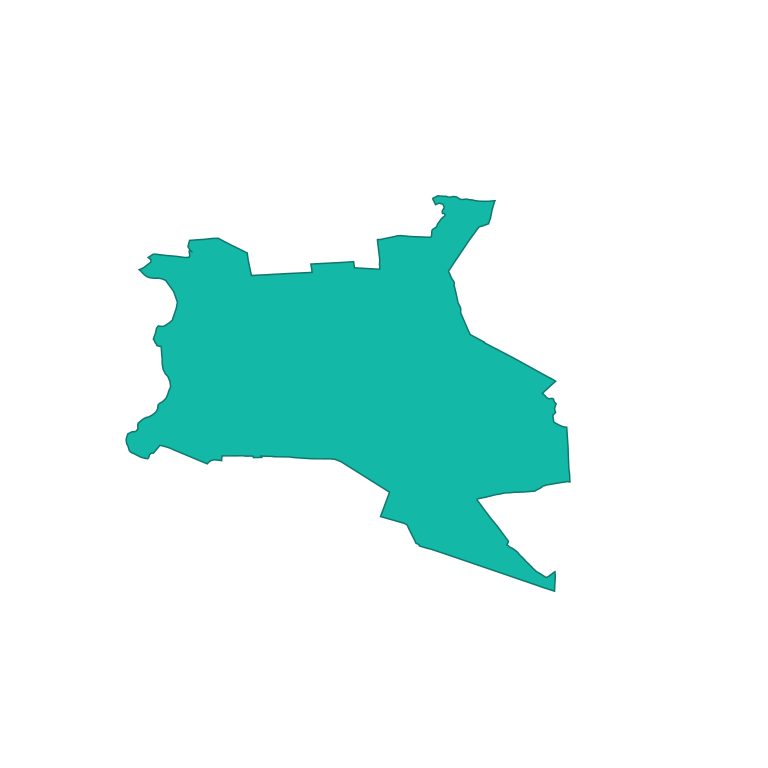 Buturugeni, Giurgiu, Romania, rotated 219°
{"feature_id": "2599482B72112138789646", "entity_name": "Buturugeni", "entity_type": "district", "adm_level": 2, "iso_a3": "ROU", "parent_name": "Romania", "parent_adm1": "Giurgiu", "projection": "robinson", "projection_center": [25.814, 44.343], "detail": "fine", "context": "isolated", "style": "filled", "palette": "teal", "viewbox_px": 768, "rotation_deg": 219, "n_neighbors": 0, "source": "geoboundaries", "source_scale": "gbopen_adm2", "svg_char_len": 6147}
<svg xmlns="http://www.w3.org/2000/svg" viewBox="0 0 768 768"><g transform="rotate(219 384 384)"><path d="M403.6,574.3L403.9,574.4L404.2,576.0L404.5,576.7L404.8,577.4L405.4,579.6L406.1,580.7L407.3,583.1L409.1,586.4L410.7,589.9L412.8,595.1L413.1,596.3L416.2,593.3L416.1,593.2L420.4,589.6L423.6,587.1L425.9,585.5L428.4,583.9L429.7,583.4L430.5,583.0L432.0,582.1L433.8,580.9L435.4,580.1L436.4,579.5L438.6,577.3L440.1,576.0L441.2,575.6L442.7,575.2L444.3,575.3L445.5,574.9L447.1,574.1L448.7,572.8L449.8,571.2L451.2,570.0L454.2,568.8L455.3,567.7L456.9,566.7L458.3,565.6L459.3,565.0L460.5,564.2L461.0,563.5L461.1,563.2L461.2,562.6L461.3,562.2L461.7,561.6L462.7,559.6L462.8,558.7L456.8,555.8L456.4,556.5L455.7,558.0L455.3,558.8L454.7,559.3L452.1,560.5L451.6,560.6L450.9,560.6L449.0,559.6L448.4,559.2L448.1,558.5L448.0,557.7L447.8,555.9L447.5,554.9L447.0,554.3L446.0,553.4L445.7,553.4L444.5,554.4L444.3,554.5L443.5,554.1L442.9,553.5L442.7,553.1L442.6,552.7L442.7,552.2L442.9,551.2L443.2,550.5L443.3,549.5L443.4,547.7L443.1,544.6L443.2,543.8L443.1,543.0L442.9,541.5L442.3,540.1L442.2,539.3L442.5,537.5L442.9,536.6L443.3,535.3L443.5,534.5L443.4,533.7L443.1,533.1L441.9,531.3L440.9,530.0L440.6,529.5L440.1,528.2L440.1,527.6L440.0,527.4L456.5,515.1L458.7,513.6L459.7,513.0L464.3,509.9L466.7,507.8L468.7,505.1L474.5,498.1L477.5,494.3L479.9,492.2L479.9,491.9L465.5,477.9L462.3,473.5L461.9,473.2L461.3,472.9L461.0,472.4L459.7,470.4L463.8,467.4L480.1,455.7L484.6,460.0L490.1,454.8L516.3,431.2L512.1,427.4L510.1,425.5L523.1,413.9L528.6,409.0L530.4,407.4L534.2,403.9L539.9,398.8L545.3,393.8L548.8,390.8L555.3,384.9L560.5,389.1L562.6,390.8L566.3,393.9L567.4,394.7L572.8,399.8L573.3,399.6L578.9,398.4L591.2,395.6L601.4,393.5L604.5,393.0L609.0,389.1L614.7,383.3L618.0,380.3L625.2,373.5L625.5,373.3L623.3,368.3L623.0,367.7L622.5,367.3L621.9,367.0L620.8,366.6L618.6,365.9L618.0,365.9L617.0,366.1L616.8,365.9L619.0,364.8L618.4,364.2L618.5,364.0L616.5,362.3L615.8,361.5L615.1,360.1L615.5,359.6L616.8,358.4L618.2,357.1L625.3,352.8L631.6,348.6L634.6,346.5L643.0,341.3L643.7,340.8L644.8,339.9L645.0,339.6L645.6,338.4L645.6,337.8L646.9,333.9L643.2,333.9L641.9,332.0L644.0,323.1L646.2,318.7L644.6,318.8L642.2,318.4L639.4,318.1L636.1,318.1L633.1,319.1L629.5,321.3L625.7,324.4L622.7,326.0L618.9,327.1L605.6,323.5L596.0,317.5L593.0,311.9L588.7,300.3L589.3,296.7L590.7,292.3L591.4,290.4L592.7,289.1L593.7,288.4L595.6,287.4L596.0,286.6L595.9,284.2L593.9,280.4L591.5,273.7L590.1,273.3L589.0,272.9L588.1,272.1L586.5,271.9L584.8,271.0L583.4,271.4L580.8,272.9L574.7,266.4L572.6,264.4L569.1,260.1L565.0,256.5L560.3,254.3L556.7,253.8L551.9,251.2L548.0,247.5L546.8,242.8L545.6,240.0L544.9,237.6L544.5,235.8L544.6,234.2L544.8,231.8L545.3,229.9L545.9,228.7L546.3,227.1L546.4,225.8L545.4,223.8L544.5,222.8L543.8,220.0L543.7,218.0L544.3,215.1L544.7,213.7L545.2,212.7L545.7,211.2L546.1,210.4L548.0,207.9L549.2,204.9L550.4,199.2L549.9,197.7L548.8,196.2L547.6,195.0L547.0,193.7L546.9,191.8L547.5,190.3L549.1,188.9L549.9,187.9L550.5,187.0L550.8,185.9L551.7,184.1L550.7,181.3L549.6,178.8L548.3,177.3L546.0,175.5L544.7,174.9L543.8,174.6L540.3,172.1L538.8,171.7L536.6,171.8L534.2,172.6L529.6,173.5L526.6,174.2L523.3,175.7L520.8,177.0L520.4,178.3L521.7,181.4L521.3,183.8L519.9,185.0L519.7,185.1L519.5,195.3L517.8,196.2L514.7,197.6L510.5,199.3L505.6,200.6L471.1,210.7L471.1,211.4L470.9,213.2L470.7,214.2L470.3,215.4L469.8,216.3L469.2,217.1L468.6,217.8L467.5,218.8L463.9,221.1L461.9,222.3L463.4,224.1L464.5,226.3L448.0,239.8L446.5,240.6L445.0,241.8L442.0,244.3L440.3,245.5L439.2,244.6L435.0,248.1L432.9,250.0L434.3,250.5L424.5,258.0L424.3,257.8L411.7,267.7L407.6,270.2L394.4,279.5L390.5,282.5L378.8,291.9L374.7,294.6L368.3,296.6L311.6,303.4L303.3,278.8L280.2,288.6L279.0,288.8L276.8,288.9L275.7,288.2L274.4,287.5L261.2,281.5L259.2,280.4L257.2,280.9L255.0,281.0L254.6,280.4L246.6,283.7L243.8,285.1L229.4,290.5L167.4,313.2L131.7,326.2L121.1,330.3L122.9,332.8L124.9,335.4L128.2,340.1L130.2,342.7L131.5,344.1L133.0,345.7L133.5,344.4L134.2,341.1L135.1,338.1L135.7,336.4L136.0,336.0L136.4,335.7L137.3,335.5L140.2,335.2L141.9,335.0L143.2,334.9L146.0,334.4L147.8,334.2L150.0,334.4L151.6,334.4L153.4,334.7L157.1,335.0L158.6,335.3L162.1,335.5L163.8,335.9L165.7,336.1L168.2,336.4L169.3,336.3L171.3,336.7L171.7,336.8L172.2,336.7L172.9,337.1L174.9,337.4L178.7,337.3L180.5,337.1L181.4,337.0L182.7,336.6L184.5,336.4L185.6,336.5L187.4,336.4L187.8,338.9L187.9,339.5L188.1,339.9L188.7,340.2L206.5,344.8L215.8,346.7L225.3,349.0L236.8,352.0L238.7,352.3L239.0,353.2L238.9,353.5L238.0,354.9L234.3,359.3L233.0,361.0L232.2,362.2L231.5,362.9L229.2,366.1L227.2,368.7L225.6,370.3L225.0,371.1L224.2,372.1L223.1,373.4L222.6,374.1L220.9,376.0L218.1,378.4L214.0,382.4L210.9,385.0L209.5,386.3L207.8,387.6L206.9,388.6L206.0,389.4L204.9,390.5L204.0,391.2L202.6,392.7L199.7,395.3L199.4,395.7L198.8,397.3L198.2,399.0L197.0,401.4L196.8,402.1L196.4,403.5L196.2,404.6L196.1,405.0L195.8,405.5L195.1,406.1L194.9,406.4L194.6,407.2L194.4,407.5L185.4,417.7L179.9,423.7L179.3,424.1L178.3,424.5L178.1,424.6L177.8,425.0L179.0,426.1L180.1,427.4L183.1,430.8L187.4,434.9L202.0,451.6L214.8,465.4L217.1,463.9L218.7,463.2L222.5,462.2L227.0,461.4L227.5,461.3L228.1,461.4L228.4,461.5L233.0,465.8L232.9,466.0L233.0,467.2L232.8,468.7L232.7,469.3L232.7,469.7L233.2,470.3L234.0,470.6L235.0,471.3L235.2,471.7L236.0,472.3L236.7,473.9L236.9,474.8L237.5,475.5L237.5,476.0L237.4,476.5L237.9,477.0L239.1,477.2L240.0,477.2L240.5,477.3L242.7,478.9L242.8,478.9L243.6,478.9L244.7,478.3L245.4,477.6L245.7,477.2L246.3,476.4L248.7,475.8L252.1,476.3L253.8,476.4L254.3,476.2L254.9,476.2L255.1,476.3L252.4,494.2L258.3,493.3L259.6,492.9L299.4,485.8L332.0,479.2L332.2,479.7L348.0,476.7L352.3,478.7L368.9,487.4L369.5,487.9L370.1,488.7L371.8,490.9L373.0,491.7L375.4,492.7L376.7,493.4L377.4,493.6L384.9,499.7L389.6,503.3L390.8,504.3L391.1,504.4L391.5,504.5L392.0,505.5L392.6,506.3L393.5,507.1L394.1,507.5L395.5,508.0L396.5,508.2L399.7,509.4L400.0,509.8L403.2,511.4L404.4,511.6L404.9,512.9L406.2,525.8L406.3,528.7L406.6,531.0L407.1,536.1L407.7,543.6L408.1,546.9L408.8,560.6L409.0,565.6L408.6,566.4L406.9,568.8L403.6,574.3Z" fill="#14b8a6" stroke="#0f766e" stroke-width="1.5"/></g></svg>